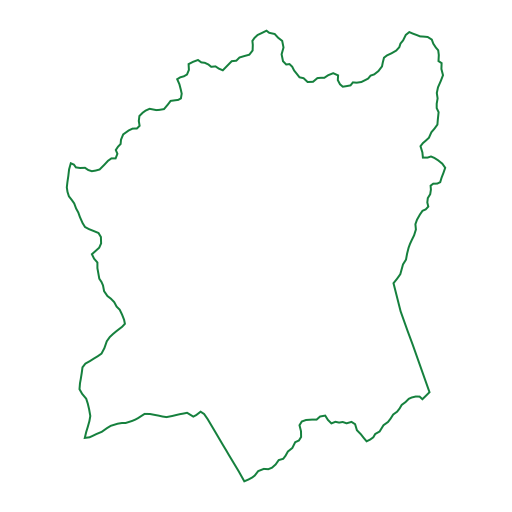 Cachoeiras de Macacu, Rio de Janeiro, Brazil
{"feature_id": "56859067B22364453208609", "entity_name": "Cachoeiras de Macacu", "entity_type": "district", "adm_level": 2, "iso_a3": "BRA", "parent_name": "Brazil", "parent_adm1": "Rio de Janeiro", "projection": "equal_earth", "projection_center": [-42.734, -22.52], "detail": "fine", "context": "isolated", "style": "outline", "palette": "green", "viewbox_px": 512, "rotation_deg": 0, "n_neighbors": 0, "source": "geoboundaries", "source_scale": "gbopen_adm2", "svg_char_len": 4020}
<svg xmlns="http://www.w3.org/2000/svg" viewBox="0 0 512 512"><path d="M445.2,167.8L442.4,163.8L438.1,160.3L434.3,157.9L431.0,156.5L427.5,157.6L422.9,157.6L422.4,152.5L420.5,146.2L422.9,143.1L425.6,140.8L428.9,137.8L431.4,132.2L434.5,128.6L437.4,124.6L437.8,119.8L438.6,112.2L436.7,108.1L436.7,103.7L437.6,98.4L436.8,93.0L438.0,87.3L440.9,80.7L443.0,75.2L441.4,69.0L441.6,63.1L438.5,61.1L438.8,55.0L438.2,50.3L435.8,47.5L433.3,43.7L431.8,39.6L427.7,37.0L423.7,36.6L420.1,36.4L416.9,35.1L412.8,33.6L409.3,32.1L405.8,34.9L403.1,40.4L400.5,43.5L399.3,47.2L396.2,50.6L391.5,53.3L387.0,55.4L384.0,57.7L382.8,62.4L382.0,66.4L378.4,71.1L374.2,74.4L370.6,75.6L368.1,78.6L365.2,80.1L361.4,82.0L356.7,82.7L352.9,82.4L350.5,85.4L346.1,86.2L342.8,86.7L340.0,84.3L337.8,80.1L338.1,75.4L333.2,73.2L328.2,75.2L324.3,77.8L320.8,77.8L317.4,78.1L313.0,81.8L307.6,82.0L303.6,78.2L299.5,77.3L297.0,74.1L294.1,70.5L292.2,66.7L289.5,64.1L286.2,64.5L283.0,61.2L281.6,54.3L283.5,47.5L282.2,40.9L278.1,37.7L274.7,34.0L269.2,32.8L266.5,30.7L261.4,33.2L257.6,35.0L254.5,37.9L252.4,40.9L252.8,44.9L252.6,50.5L249.3,54.7L244.5,56.0L239.5,57.5L236.3,60.7L231.7,61.2L227.2,65.8L222.8,70.3L218.8,68.6L215.5,66.4L211.2,66.8L208.4,64.5L204.8,62.8L201.3,62.4L198.0,60.0L193.1,61.8L188.6,64.1L188.9,69.9L187.0,74.5L183.9,76.3L180.3,77.3L177.2,79.2L179.4,84.2L180.8,89.6L181.7,93.7L180.9,98.4L178.2,99.9L175.0,100.3L170.6,100.9L167.8,104.6L164.0,109.1L159.2,109.9L156.3,110.1L153.2,109.5L149.6,108.8L145.6,110.6L142.7,112.7L139.4,116.0L138.8,121.0L139.6,125.8L136.9,128.5L132.6,128.6L128.8,130.4L123.2,134.4L121.0,139.7L120.6,144.0L118.0,146.7L115.8,150.0L117.4,153.8L115.6,158.4L111.4,158.4L108.0,160.8L104.3,164.8L99.6,169.5L95.5,170.6L91.8,171.2L88.2,170.0L85.0,167.8L80.1,168.0L75.9,167.4L73.9,164.6L70.8,163.3L69.1,169.3L68.3,176.1L67.4,182.2L66.8,187.4L67.5,191.9L68.9,196.3L71.8,200.0L74.2,203.4L76.1,208.5L78.3,212.5L79.9,217.0L82.6,223.1L85.0,227.0L88.9,229.1L93.9,231.1L98.5,233.0L100.9,237.0L101.1,243.4L99.2,247.7L95.2,251.3L91.9,254.2L94.1,258.7L97.4,262.5L97.4,268.1L98.4,273.7L99.3,278.7L101.5,282.0L103.0,285.4L104.1,291.2L107.4,296.0L110.9,298.7L114.2,302.1L116.6,306.6L119.7,309.7L122.1,314.7L124.1,319.8L124.9,323.8L122.1,326.8L118.7,329.4L116.0,331.5L113.0,334.0L109.8,337.0L106.8,341.2L104.4,348.1L101.5,353.6L97.8,356.2L93.8,358.6L89.9,361.1L85.4,363.6L82.5,367.3L81.7,373.2L80.7,379.4L80.0,383.2L79.5,389.2L82.1,393.8L86.2,398.7L87.8,403.7L89.1,409.2L90.3,416.0L89.4,421.1L87.8,426.8L86.2,432.0L84.8,437.9L89.5,437.3L92.4,436.0L96.5,434.0L101.8,431.8L107.0,428.1L110.8,425.8L117.7,423.7L121.9,423.0L125.6,423.0L129.1,421.9L132.2,420.9L135.3,419.6L138.1,418.1L141.3,416.0L144.6,413.9L150.0,414.0L155.2,415.0L158.5,415.6L162.4,416.5L166.5,417.1L172.2,416.0L176.3,415.0L180.2,414.1L183.2,413.6L187.1,412.8L193.3,416.6L196.2,415.1L200.6,411.7L204.1,414.0L207.7,419.2L216.0,433.2L222.7,444.6L226.5,450.9L228.7,454.7L238.7,471.3L244.3,481.3L248.5,479.5L252.2,477.5L254.7,475.6L258.2,471.1L263.8,468.9L268.3,469.2L272.0,467.7L275.6,464.5L278.7,460.1L283.2,458.8L285.5,455.8L287.9,451.5L292.3,448.0L295.2,442.2L298.9,440.5L301.1,437.0L301.0,431.3L299.5,425.2L301.8,421.5L306.0,420.0L312.0,419.6L316.6,419.6L320.1,416.5L325.2,415.6L327.9,419.9L331.4,423.4L335.4,421.8L339.1,422.6L342.7,422.0L346.6,423.3L351.5,421.9L355.1,424.2L356.9,430.2L360.9,434.3L363.7,437.9L366.6,441.3L370.1,439.6L373.3,437.3L375.2,434.0L379.6,431.5L383.5,425.2L388.0,422.0L390.6,418.6L393.2,414.5L397.1,411.7L399.6,408.5L401.7,404.9L405.5,402.1L408.8,398.8L411.7,397.5L415.8,396.5L419.6,396.6L422.4,399.2L426.1,395.6L429.5,392.2L412.7,344.7L407.5,330.7L400.6,311.3L393.5,283.2L397.1,278.7L400.3,274.2L401.3,270.6L403.0,264.4L406.0,259.6L407.1,253.6L408.6,247.7L410.0,243.9L411.6,240.4L414.1,235.3L415.9,229.5L415.4,224.2L417.0,219.7L420.0,214.4L422.5,210.8L425.7,209.4L428.3,206.6L427.3,202.5L427.8,198.1L430.2,194.2L430.9,189.7L430.6,185.7L433.2,183.7L437.2,183.6L440.2,182.2L441.6,177.6L443.4,173.0L445.2,167.8Z" fill="none" stroke="#15803d" stroke-width="2"/></svg>